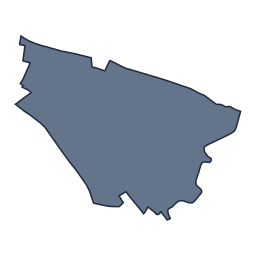 the district of Ben Tre, Bến Tre, Vietnam
{"feature_id": "81297802B1495670326955", "entity_name": "Ben Tre", "entity_type": "district", "adm_level": 2, "iso_a3": "VNM", "parent_name": "Vietnam", "parent_adm1": "Bến Tre", "projection": "mercator", "projection_center": [106.381, 10.237], "detail": "fine", "context": "isolated", "style": "filled", "palette": "slate", "viewbox_px": 256, "rotation_deg": 0, "n_neighbors": 0, "source": "geoboundaries", "source_scale": "gbopen_adm2", "svg_char_len": 3234}
<svg xmlns="http://www.w3.org/2000/svg" viewBox="0 0 256 256"><path d="M240.6,111.4L238.0,110.4L235.7,109.7L234.4,109.1L233.0,108.3L231.3,107.2L230.0,106.6L228.8,106.5L227.7,106.5L226.8,106.7L226.3,106.8L225.6,106.7L225.3,106.7L225.0,106.6L224.2,106.1L222.8,105.3L221.8,104.8L221.5,104.7L220.9,104.5L218.9,104.3L216.4,104.4L208.1,98.2L204.2,95.3L198.4,92.9L191.5,89.1L188.5,87.9L181.5,85.6L176.4,83.8L167.0,80.6L159.6,78.3L156.8,77.4L149.5,75.3L147.9,74.8L146.4,74.3L142.2,73.1L134.9,70.9L132.0,70.1L131.0,69.8L128.3,68.9L126.8,68.6L126.0,68.4L123.4,67.2L118.6,64.8L113.6,62.2L109.9,60.5L109.0,62.1L108.1,63.9L104.9,70.9L98.4,68.6L92.0,66.9L91.7,63.3L91.2,57.8L90.6,57.6L88.9,57.2L82.0,55.5L75.0,53.7L69.2,52.6L63.1,51.4L60.0,50.7L56.7,49.7L53.6,48.8L51.9,48.4L50.2,47.9L48.3,47.3L46.7,46.9L45.6,46.5L44.9,46.3L43.5,46.4L43.4,46.1L42.6,45.7L41.6,45.5L40.6,45.4L39.8,45.0L38.6,44.5L37.3,44.1L36.1,43.8L34.4,43.2L32.7,42.4L31.8,42.1L30.9,41.8L29.8,41.3L28.0,40.3L24.9,38.6L22.7,37.2L21.0,36.0L19.8,43.0L19.7,44.6L22.7,45.2L24.9,45.7L24.3,50.5L22.9,60.9L25.0,61.5L30.1,62.9L28.1,67.8L27.0,70.0L26.1,72.2L23.9,77.1L23.2,78.7L22.9,79.4L22.0,80.8L20.3,83.6L23.0,85.7L22.4,86.7L22.1,87.1L28.0,90.0L29.6,91.1L31.1,92.6L21.5,99.7L16.1,103.7L15.4,104.2L24.6,111.4L30.1,115.0L36.0,119.6L40.8,123.3L44.8,127.1L62.4,152.1L67.9,159.6L68.5,160.6L71.7,164.7L75.6,169.4L86.4,184.8L89.5,191.1L93.6,203.2L103.6,205.3L107.8,206.1L111.1,206.5L114.0,206.6L115.6,206.6L118.6,206.7L119.2,206.5L120.1,205.9L120.3,205.7L120.7,205.3L121.7,204.2L122.8,203.1L123.3,202.7L122.0,200.6L120.2,197.6L119.0,196.0L125.8,191.7L131.4,198.7L137.2,205.7L140.4,209.6L141.8,211.3L142.5,212.3L143.3,213.6L143.5,213.8L145.0,212.0L148.0,207.1L150.9,209.2L151.2,209.5L152.3,210.5L153.6,211.5L154.5,212.2L155.1,212.6L155.4,212.8L155.6,213.1L155.6,213.4L155.7,213.8L156.1,214.1L156.4,214.3L157.3,214.5L157.9,214.5L158.5,214.3L159.2,213.9L159.9,213.2L160.5,212.2L160.8,211.8L161.1,211.7L161.3,211.8L161.5,212.5L161.9,213.2L162.3,213.6L162.6,213.9L163.8,215.4L167.1,220.0L169.3,219.1L170.2,218.6L170.3,218.3L170.2,218.1L169.6,217.0L168.3,214.0L167.8,211.5L167.8,210.3L168.2,209.4L169.7,208.2L170.5,207.8L170.7,207.6L171.2,207.4L172.0,206.9L172.7,206.4L173.2,206.0L173.5,205.6L174.2,204.8L174.6,204.3L175.8,203.3L177.3,202.1L178.7,201.1L180.0,200.8L181.2,200.7L182.5,200.8L183.8,201.0L185.2,201.5L187.2,202.2L189.0,202.8L190.2,202.8L191.2,202.9L192.0,202.9L192.5,202.7L193.0,202.4L193.8,201.8L195.2,200.4L196.3,199.0L198.2,196.6L199.8,194.7L200.6,194.0L201.2,193.1L201.5,192.4L201.6,191.9L201.7,191.6L201.6,190.7L201.4,190.1L200.9,189.4L199.8,188.3L197.9,186.8L196.9,185.7L196.4,185.1L196.1,184.0L195.9,182.3L195.9,181.0L196.3,179.5L196.9,177.6L197.8,174.9L198.7,172.4L199.4,169.8L199.5,169.3L200.1,167.6L200.4,166.3L200.8,165.1L201.4,163.8L202.0,163.1L202.5,162.5L202.9,162.2L203.5,162.1L204.3,162.0L205.1,162.0L206.0,162.1L207.0,162.2L208.2,162.4L208.9,162.5L209.6,162.3L210.2,162.0L210.9,161.2L211.2,160.0L211.1,158.3L209.2,157.3L208.0,156.4L206.6,154.8L204.9,152.2L204.4,151.1L204.0,148.9L204.5,146.9L205.3,146.1L206.5,145.4L209.5,143.9L230.2,133.9L232.3,132.6L234.1,131.3L234.7,130.3L235.9,128.3L236.5,126.4L240.6,111.4Z" fill="#64748b" stroke="#1e293b" stroke-width="1.5"/></svg>